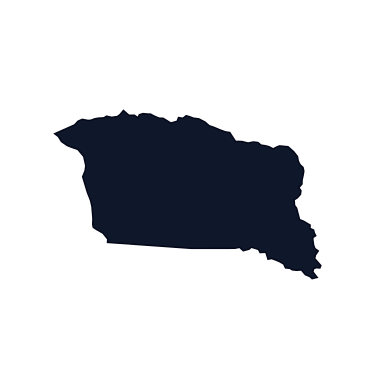 Tabira, Pernambuco, Brazil, rotated 294°
{"feature_id": "56859067B43528935445222", "entity_name": "Tabira", "entity_type": "district", "adm_level": 2, "iso_a3": "BRA", "parent_name": "Brazil", "parent_adm1": "Pernambuco", "projection": "equal_earth", "projection_center": [-37.499, -7.579], "detail": "fine", "context": "isolated", "style": "filled", "palette": "ink", "viewbox_px": 384, "rotation_deg": 294, "n_neighbors": 0, "source": "geoboundaries", "source_scale": "gbopen_adm2", "svg_char_len": 1718}
<svg xmlns="http://www.w3.org/2000/svg" viewBox="0 0 384 384"><g transform="rotate(294 192 192)"><path d="M111.6,135.3L140.3,214.4L158.0,254.0L160.8,258.0L159.2,262.7L163.0,267.4L165.7,268.6L166.6,276.1L164.4,278.8L167.0,284.0L161.5,288.8L163.6,291.7L163.9,295.8L164.0,300.2L163.5,305.1L160.7,308.3L162.1,312.3L161.7,315.4L163.1,319.6L165.3,323.6L162.6,329.1L162.7,334.0L161.7,337.0L164.9,341.1L168.2,334.9L171.6,334.3L173.5,336.5L174.6,339.7L177.2,339.6L181.1,331.1L184.6,330.4L189.5,331.3L190.3,327.3L192.8,324.8L196.9,322.2L199.5,320.9L202.4,322.8L204.2,320.5L206.7,318.5L206.7,314.5L209.8,313.4L210.3,309.2L210.7,305.7L210.5,301.5L219.8,294.1L221.5,291.1L226.4,288.5L229.6,290.6L234.0,292.0L237.5,291.0L239.4,287.8L244.0,289.2L247.6,287.7L252.9,286.6L256.6,285.6L259.6,283.4L260.9,279.6L263.4,276.5L267.3,273.9L270.2,268.4L272.4,261.3L269.7,253.2L267.7,251.2L264.4,248.6L264.7,243.9L264.0,239.8L262.9,236.0L264.0,232.1L262.7,227.8L259.5,223.3L258.5,217.4L257.3,214.3L255.9,211.2L261.7,202.3L260.5,198.0L260.1,192.0L260.0,185.6L259.5,180.8L261.2,175.4L261.6,168.5L260.0,163.2L259.8,159.2L259.3,155.6L255.7,153.8L254.5,149.4L250.6,149.7L246.4,144.6L247.6,135.7L246.0,131.7L246.0,126.0L246.3,122.5L245.0,119.3L243.7,115.4L241.2,112.5L237.9,112.4L238.7,108.1L236.4,103.2L238.6,96.2L233.6,94.8L230.6,93.2L227.5,88.2L226.5,83.0L224.0,81.5L221.3,76.3L219.4,73.5L216.4,70.4L215.1,68.0L213.7,62.1L210.2,59.0L205.6,57.5L189.4,42.9L188.4,47.2L185.0,52.3L183.7,59.1L183.9,63.8L184.5,70.4L180.4,78.7L172.8,84.3L168.0,85.7L165.3,85.8L161.5,85.9L149.1,96.6L143.0,102.8L137.9,106.6L127.3,112.4L122.0,114.5L119.6,116.2L118.9,120.2L118.2,127.4L114.7,134.2L111.6,135.3Z" fill="#0f172a" stroke="#020617" stroke-width="1.5"/></g></svg>